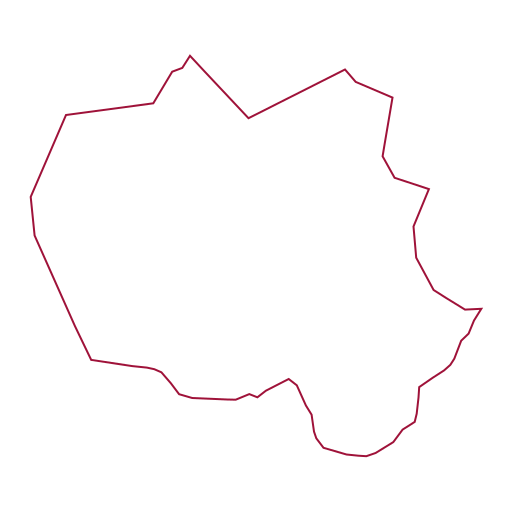 the district of Tenente Ananias, Rio Grande do Norte, Brazil
{"feature_id": "56859067B6305707048809", "entity_name": "Tenente Ananias", "entity_type": "district", "adm_level": 2, "iso_a3": "BRA", "parent_name": "Brazil", "parent_adm1": "Rio Grande do Norte", "projection": "mercator", "projection_center": [-38.141, -6.442], "detail": "fine", "context": "isolated", "style": "outline", "palette": "rose", "viewbox_px": 512, "rotation_deg": 0, "n_neighbors": 0, "source": "geoboundaries", "source_scale": "gbopen_adm2", "svg_char_len": 846}
<svg xmlns="http://www.w3.org/2000/svg" viewBox="0 0 512 512"><path d="M345.0,69.5L248.5,118.2L204.8,71.7L190.0,55.8L182.3,67.9L172.2,71.7L153.3,103.3L66.0,115.0L30.7,196.9L34.6,235.5L74.9,326.0L91.2,359.9L132.3,366.1L146.9,367.6L154.3,369.2L161.4,372.3L170.9,383.3L179.1,394.2L192.2,398.0L227.2,399.5L235.7,399.7L249.3,394.1L257.4,397.3L265.9,390.7L288.7,379.0L296.8,385.3L305.9,405.5L311.6,414.7L314.0,431.6L316.3,438.3L323.5,447.8L346.5,454.5L358.4,455.7L366.3,456.2L375.6,453.0L393.3,442.1L402.6,429.6L414.7,421.9L416.7,413.7L418.5,397.6L419.2,387.1L432.8,377.7L444.1,370.4L450.3,364.9L454.3,358.7L461.2,340.7L468.6,333.6L474.0,320.5L481.3,308.8L465.0,309.6L446.0,297.9L433.6,290.0L416.2,257.7L413.5,226.5L428.9,189.1L394.6,177.8L382.6,156.3L384.4,145.4L392.5,97.6L355.7,81.9L345.0,69.5Z" fill="none" stroke="#9f1239" stroke-width="2"/></svg>